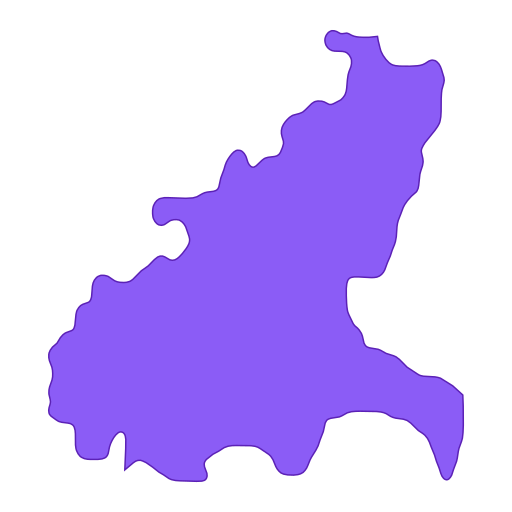 outline of Vicente Noble, Barahona, Dominican Republic
{"feature_id": "3306468B17851422898431", "entity_name": "Vicente Noble", "entity_type": "district", "adm_level": 2, "iso_a3": "DOM", "parent_name": "Dominican Republic", "parent_adm1": "Barahona", "projection": "equal_earth", "projection_center": [-71.08, 18.413], "detail": "fine", "context": "isolated", "style": "filled", "palette": "violet", "viewbox_px": 512, "rotation_deg": 0, "n_neighbors": 0, "source": "geoboundaries", "source_scale": "gbopen_adm2", "svg_char_len": 5980}
<svg xmlns="http://www.w3.org/2000/svg" viewBox="0 0 512 512"><path d="M377.5,36.4L368.9,37.3L363.4,37.3L359.2,37.1L356.6,36.8L354.0,36.2L351.7,35.3L348.7,33.7L346.8,33.1L342.1,33.7L340.3,33.5L336.6,31.5L334.3,30.8L331.9,30.7L330.6,31.1L328.4,32.4L326.7,34.5L326.0,35.7L325.4,37.2L325.0,38.8L324.9,40.5L325.1,42.2L325.5,43.8L326.0,45.2L327.6,47.6L329.6,49.4L332.0,50.6L334.6,51.1L342.4,51.4L344.9,51.9L346.2,52.5L347.3,53.2L349.2,55.1L350.6,57.5L351.2,58.9L351.5,60.5L351.5,63.7L350.9,66.7L348.9,71.9L348.1,74.8L347.4,79.7L346.7,88.1L346.2,91.3L345.2,94.3L344.5,95.6L342.8,97.9L340.9,99.8L339.7,100.5L333.3,103.8L331.2,104.5L329.1,104.4L324.2,101.9L321.8,101.2L317.9,101.0L315.3,101.5L314.1,102.0L311.7,103.6L305.3,109.9L303.1,111.8L301.9,112.5L299.4,113.5L293.1,115.2L291.9,115.8L289.5,117.4L287.3,119.5L285.3,121.8L283.5,124.4L282.1,127.3L281.4,130.5L281.4,133.6L282.0,136.4L283.4,141.2L283.5,143.8L282.4,147.6L280.4,152.4L278.9,154.5L276.8,155.9L274.5,156.5L268.1,157.3L265.6,158.0L264.4,158.5L262.1,160.2L256.1,165.9L254.0,167.1L252.8,167.2L251.8,166.9L250.8,166.4L249.2,164.7L247.9,162.4L246.2,157.1L245.6,155.8L244.2,153.5L242.4,151.6L241.3,150.9L240.1,150.4L237.5,150.2L236.2,150.5L233.8,152.0L231.7,154.1L229.8,156.5L228.0,159.2L226.4,162.1L225.2,165.2L223.9,169.7L220.8,178.0L218.9,186.7L218.4,187.9L217.7,189.1L216.7,190.0L215.7,190.6L213.5,191.3L207.2,192.1L204.7,192.7L202.4,193.7L196.9,196.8L192.8,197.9L185.8,198.3L168.6,197.7L164.3,197.7L160.3,198.5L159.0,199.0L156.8,200.6L155.0,202.8L153.6,205.5L153.1,207.1L152.6,210.4L152.6,213.8L153.0,217.1L153.5,218.7L154.9,221.4L156.7,223.5L157.8,224.3L158.9,224.9L161.5,225.3L163.9,224.8L165.0,224.2L170.0,220.8L171.2,220.3L173.7,219.7L176.4,219.6L179.0,220.0L180.2,220.6L182.4,222.2L184.2,224.3L185.7,226.8L189.0,236.3L189.6,239.0L189.6,240.5L189.4,242.0L189.0,243.5L187.7,246.2L186.1,248.7L182.4,253.5L179.3,256.8L177.2,258.6L174.8,259.9L172.3,260.3L169.8,259.8L164.8,256.9L162.6,256.1L160.1,256.1L157.7,257.0L154.4,259.6L148.1,266.0L141.3,270.8L132.8,279.4L130.4,281.1L129.1,281.6L126.5,282.3L123.8,282.5L119.8,282.3L117.2,281.8L114.7,280.8L113.6,280.1L108.3,276.5L107.0,276.0L104.5,275.4L101.9,275.3L100.6,275.4L98.1,276.4L97.0,277.1L96.0,278.1L94.3,280.3L93.1,283.0L92.4,286.2L91.8,294.1L91.5,297.1L90.7,299.7L90.0,300.9L89.2,301.8L88.2,302.4L82.8,304.3L80.6,305.6L78.8,307.5L77.3,309.9L76.7,311.2L76.0,314.3L74.9,325.2L74.1,327.9L73.5,329.1L72.6,330.0L71.6,330.6L66.2,332.6L65.0,333.2L63.0,334.7L60.4,337.6L57.0,343.2L52.5,347.1L50.2,350.3L49.1,352.9L48.8,354.5L48.8,357.6L49.4,360.6L51.9,367.2L52.5,370.3L52.7,373.6L52.6,376.9L52.0,380.1L49.6,386.9L49.0,389.8L48.9,392.9L49.0,394.4L50.2,399.5L50.5,401.9L50.1,404.2L49.1,407.6L48.7,410.2L49.0,413.0L49.5,414.3L50.3,415.3L51.1,416.2L55.9,419.7L58.1,421.1L59.2,421.6L61.8,422.3L68.1,423.1L70.4,423.6L72.5,424.8L73.4,425.7L74.2,427.1L75.1,430.3L75.4,433.8L75.5,445.0L76.0,448.7L76.5,450.5L78.1,453.8L80.2,456.4L81.5,457.3L84.3,458.6L87.3,459.2L90.3,459.4L97.8,459.4L102.0,458.9L104.6,458.0L105.8,457.3L106.8,456.2L107.6,454.9L108.2,453.4L109.5,446.9L110.6,443.6L112.1,440.4L113.8,437.5L115.8,434.9L118.0,432.9L119.2,432.2L120.4,431.9L121.6,432.0L122.8,432.4L123.9,433.3L124.8,434.7L125.3,436.2L125.8,439.4L125.7,448.6L124.8,469.9L133.4,462.7L135.6,461.2L137.9,460.4L140.5,460.3L142.7,461.0L146.1,462.6L152.6,467.1L158.9,472.1L163.5,474.8L168.9,478.5L171.4,479.6L175.6,480.5L180.0,480.8L196.5,481.3L201.9,481.1L204.3,480.4L205.4,479.7L206.3,478.6L206.8,477.3L207.1,476.0L206.9,473.3L204.5,466.8L204.2,464.1L204.4,462.8L204.9,461.5L206.3,459.5L213.0,454.2L218.8,451.1L224.2,447.6L228.1,446.2L232.2,445.6L236.5,445.5L250.9,445.7L255.1,446.3L257.8,447.2L260.1,448.5L268.8,454.4L270.7,456.2L273.0,459.7L275.8,466.5L277.2,469.0L278.9,471.1L280.9,472.9L283.6,474.1L287.8,474.9L293.6,475.1L297.9,474.6L300.6,473.8L303.1,472.4L305.0,470.4L306.6,468.1L307.8,465.5L310.1,459.8L311.6,457.0L315.9,450.1L318.1,445.8L320.1,439.8L323.3,431.6L325.2,423.0L326.5,420.6L327.4,419.7L328.4,419.1L330.7,418.3L339.4,416.9L341.7,415.9L347.3,412.8L351.4,411.7L355.8,411.3L360.2,411.2L376.6,411.5L381.0,412.0L383.8,412.7L386.3,413.7L390.6,416.4L393.0,417.4L395.5,418.1L403.4,419.2L407.2,420.5L410.8,423.1L418.3,430.5L422.8,433.5L424.9,435.2L427.5,438.4L429.5,442.3L431.1,446.7L434.5,454.9L436.4,461.1L439.1,468.0L440.9,473.6L442.0,476.2L443.5,478.2L444.4,479.0L445.4,479.5L446.6,479.8L447.7,479.6L448.8,479.0L450.4,477.3L451.7,475.1L453.5,469.5L456.6,461.2L457.3,458.0L458.3,451.4L459.0,448.3L461.5,441.4L462.4,438.2L463.0,432.7L463.3,425.2L463.2,406.0L462.8,395.0L452.8,385.9L440.5,378.2L437.8,377.4L435.0,376.9L423.4,376.2L420.7,375.6L419.3,375.1L417.1,373.8L407.1,367.2L399.6,359.6L396.1,356.9L393.7,355.8L386.1,353.4L380.6,350.3L378.2,349.3L369.4,347.8L367.2,347.0L366.2,346.3L365.3,345.4L364.0,343.1L362.4,336.1L361.4,333.4L359.2,330.0L357.5,328.1L354.7,325.7L353.2,323.7L348.9,314.8L347.8,312.0L347.4,310.3L346.9,306.7L346.6,303.1L346.3,295.7L346.3,288.5L346.8,283.6L347.7,280.6L348.5,279.3L349.5,278.3L350.6,277.7L351.8,277.3L354.4,276.9L358.4,276.9L371.3,277.6L374.1,277.5L376.9,277.1L379.5,276.0L381.6,274.4L383.4,272.3L384.8,269.8L387.4,262.7L390.3,256.0L392.3,249.9L394.5,244.5L395.4,241.6L396.3,236.7L397.0,226.6L397.5,223.3L398.3,220.3L401.0,213.4L403.2,207.5L404.7,204.6L407.4,200.7L411.4,196.2L416.2,192.0L417.0,190.9L418.1,188.4L418.7,185.4L419.9,174.2L420.7,171.2L422.5,165.7L423.0,162.8L423.1,161.3L422.8,158.4L421.4,152.2L421.3,150.9L421.5,149.4L422.0,148.0L423.3,145.4L424.9,142.8L434.9,130.4L437.6,126.5L439.2,123.6L439.8,122.0L440.2,120.3L440.8,116.8L441.1,111.4L441.2,98.5L441.5,93.1L441.9,89.7L443.8,82.9L444.2,80.3L443.9,77.5L441.5,69.5L440.4,66.6L439.0,64.1L437.2,62.1L436.2,61.3L435.0,60.6L432.5,60.1L431.3,60.2L429.0,61.0L424.9,63.6L422.5,64.7L419.9,65.4L417.1,65.8L409.9,66.2L399.8,66.1L395.6,65.7L392.9,65.0L391.5,64.4L389.1,62.8L385.9,59.4L383.1,55.5L381.6,52.6L380.9,51.1L380.0,48.0L378.2,40.7L377.5,36.4Z" fill="#8b5cf6" stroke="#5b21b6" stroke-width="1.5"/></svg>